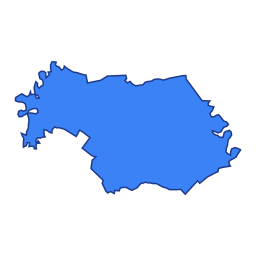 Guaraciaba, Santa Catarina, Brazil
{"feature_id": "56859067B68439029217006", "entity_name": "Guaraciaba", "entity_type": "district", "adm_level": 2, "iso_a3": "BRA", "parent_name": "Brazil", "parent_adm1": "Santa Catarina", "projection": "natural_earth1", "projection_center": [-53.605, -26.58], "detail": "fine", "context": "isolated", "style": "filled", "palette": "blue", "viewbox_px": 256, "rotation_deg": 0, "n_neighbors": 0, "source": "geoboundaries", "source_scale": "gbopen_adm2", "svg_char_len": 2977}
<svg xmlns="http://www.w3.org/2000/svg" viewBox="0 0 256 256"><path d="M209.9,101.0L202.1,100.7L186.1,79.0L185.8,75.5L182.7,75.7L170.0,78.1L163.5,80.1L160.0,79.2L156.7,79.0L153.8,79.6L151.3,81.2L149.0,81.4L146.9,81.7L144.8,82.5L142.9,84.9L140.0,85.1L137.8,85.6L135.3,85.7L132.5,84.1L130.0,81.4L127.5,82.9L124.8,80.4L126.6,78.7L125.8,75.3L107.4,76.1L100.6,80.3L87.5,83.0L86.0,75.1L83.4,74.7L81.0,73.9L79.0,73.3L76.4,72.5L73.5,72.2L70.7,70.6L67.5,68.7L64.3,66.1L63.8,68.8L61.2,70.0L59.2,67.0L56.8,66.2L55.3,64.6L56.2,62.2L54.1,61.8L51.9,61.9L50.6,64.8L50.6,68.7L51.4,71.7L48.1,72.1L49.3,74.7L47.6,76.3L46.1,77.8L45.8,75.1L45.7,72.7L43.6,71.3L40.8,71.4L38.8,73.1L39.3,76.0L39.9,78.6L42.6,80.0L43.1,82.3L43.2,85.1L41.1,86.2L39.5,88.2L37.3,86.0L37.6,83.4L35.9,81.7L34.8,84.8L34.1,88.1L34.6,91.0L35.4,94.5L33.1,94.2L31.1,94.7L30.5,91.6L29.0,95.4L27.1,96.8L24.4,95.4L21.9,93.8L19.5,95.1L15.6,97.6L15.4,100.6L17.4,101.6L20.2,102.0L22.6,102.1L25.1,103.6L26.2,107.0L26.1,110.1L23.4,111.2L21.1,110.2L18.6,111.4L18.0,114.3L19.2,116.8L21.9,116.5L24.0,115.1L27.0,113.6L28.4,116.7L29.0,120.4L28.5,124.2L28.3,128.2L26.6,131.8L26.4,135.1L23.9,134.3L21.4,133.3L22.3,135.7L23.8,138.5L23.4,142.8L23.4,147.1L26.2,145.7L27.6,142.5L29.6,142.8L29.0,146.6L31.5,146.1L33.7,146.5L34.4,148.8L36.4,148.9L36.0,145.4L36.7,143.1L35.6,140.6L37.5,137.8L40.2,138.1L43.0,137.0L45.1,137.0L44.1,134.8L44.1,132.3L43.8,129.8L46.5,130.1L49.5,132.3L51.9,133.0L52.2,129.5L54.7,127.0L56.8,127.8L59.2,127.7L64.2,129.1L76.2,136.5L79.7,130.1L83.4,132.5L85.1,133.8L90.0,137.6L82.2,148.1L91.4,155.3L93.5,156.3L95.9,156.7L92.2,160.3L91.0,168.6L103.3,180.4L102.2,183.4L106.1,191.5L107.8,192.9L110.6,191.5L114.2,193.5L114.9,190.3L117.1,190.7L119.3,190.8L120.2,188.0L122.9,187.4L126.1,187.4L129.0,189.0L131.9,190.3L137.2,187.7L141.0,183.3L143.5,183.0L145.5,182.2L147.5,182.8L150.2,182.9L152.2,183.5L154.4,183.5L157.0,183.8L160.1,185.6L163.1,187.1L165.2,187.7L167.4,188.4L169.3,189.6L176.6,189.7L180.7,189.3L185.2,194.2L197.6,180.8L199.7,183.3L207.3,177.0L213.1,173.9L218.0,171.6L218.5,168.5L222.4,167.4L230.4,166.1L229.3,164.3L228.8,161.7L231.0,159.8L233.9,158.3L236.2,156.9L237.7,154.1L239.4,151.7L240.6,149.8L237.8,148.4L235.0,147.6L231.7,148.9L230.6,151.8L230.5,155.3L228.3,154.1L225.9,152.0L226.4,148.3L227.5,145.0L227.8,142.3L228.2,139.7L230.2,137.3L231.6,135.0L231.2,132.1L229.3,130.3L226.3,131.3L224.2,132.5L223.7,135.0L222.9,137.3L219.9,137.3L217.8,135.5L215.5,135.0L213.1,133.4L212.3,130.7L215.2,131.7L218.4,132.9L221.1,131.6L222.5,129.0L224.0,127.2L226.9,126.2L228.5,124.4L226.2,121.7L223.7,121.0L222.0,118.7L220.4,116.7L218.5,114.7L216.2,115.3L214.1,116.8L211.2,116.8L209.9,113.3L212.3,110.6L213.8,106.7L210.7,106.3L208.2,105.3L208.4,102.7L209.9,101.0ZM27.0,113.6L29.3,110.3L32.3,109.0L34.8,108.4L37.1,109.0L38.1,112.2L36.3,113.7L33.9,113.5L30.8,112.9L27.0,113.6ZM35.4,94.5L38.1,95.6L39.0,98.2L36.2,98.1L35.4,94.5ZM36.7,143.1L39.6,143.2L38.1,140.7L36.7,143.1Z" fill="#3b82f6" stroke="#1e3a8a" stroke-width="1.5"/></svg>